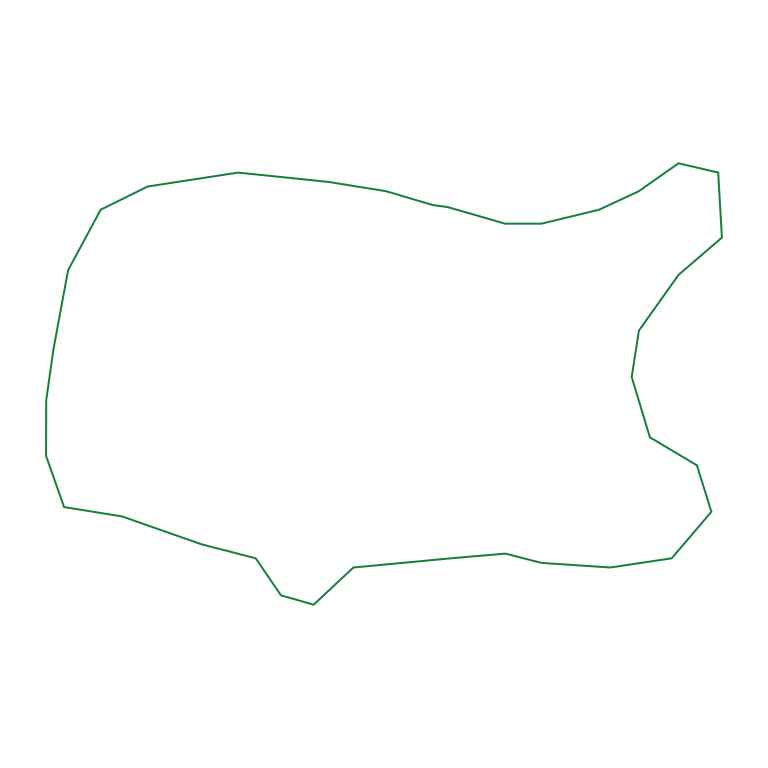 City of Minsk, Robinson projection
{"feature_id": "BLR-4825", "entity_name": "City of Minsk", "entity_type": "Municipality", "adm_level": 1, "iso_a3": "BLR", "parent_name": "Belarus", "parent_adm1": "", "projection": "robinson", "projection_center": [27.633, 53.903], "detail": "fine", "context": "isolated", "style": "outline", "palette": "green", "viewbox_px": 768, "rotation_deg": 0, "n_neighbors": 0, "source": "natural_earth", "source_scale": "10m", "svg_char_len": 566}
<svg xmlns="http://www.w3.org/2000/svg" viewBox="0 0 768 768"><path d="M678.5,163.3L718.2,172.6L721.9,237.6L678.6,274.8L638.9,330.6L631.7,377.0L649.9,437.4L696.9,465.3L711.4,511.8L671.7,558.3L610.2,567.5L541.5,562.9L505.3,553.6L451.0,558.3L353.4,567.5L313.6,604.7L281.0,595.4L255.7,558.3L201.5,544.3L121.9,516.4L64.1,507.1L46.1,456.0L46.2,400.3L53.5,349.1L68.1,270.2L100.7,209.7L147.6,186.5L237.9,172.6L328.2,181.9L386.0,191.2L432.9,205.1L447.8,207.1L505.2,223.7L541.3,223.7L599.1,209.7L638.8,191.2L678.5,163.3Z" fill="none" stroke="#15803d" stroke-width="2"/></svg>